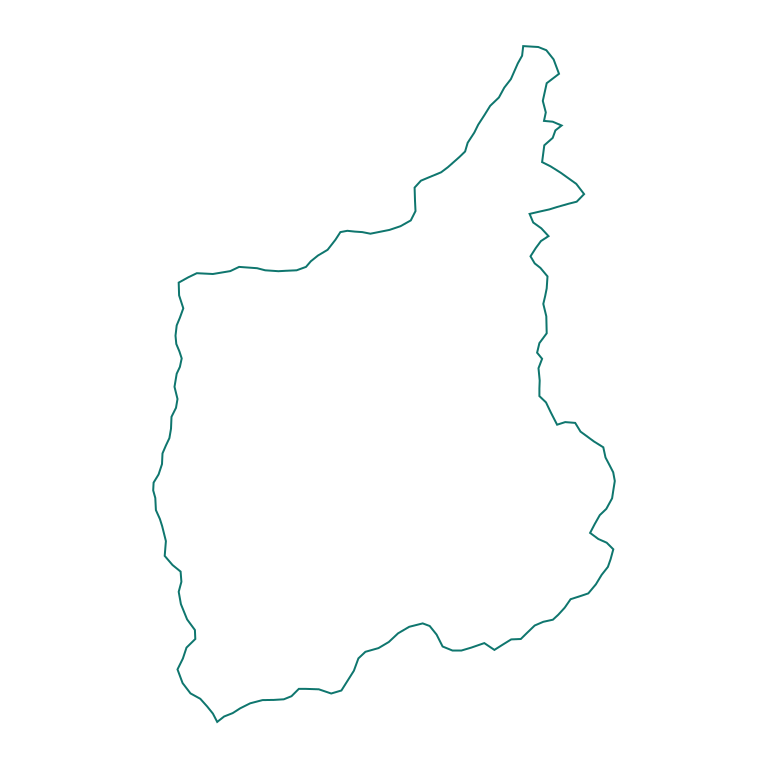 Guapiaçu, São Paulo, Brazil (Mercator projection)
{"feature_id": "56859067B16319399596157", "entity_name": "Guapiaçu", "entity_type": "district", "adm_level": 2, "iso_a3": "BRA", "parent_name": "Brazil", "parent_adm1": "São Paulo", "projection": "mercator", "projection_center": [-49.18, -20.723], "detail": "fine", "context": "isolated", "style": "outline", "palette": "teal", "viewbox_px": 768, "rotation_deg": 0, "n_neighbors": 0, "source": "geoboundaries", "source_scale": "gbopen_adm2", "svg_char_len": 2527}
<svg xmlns="http://www.w3.org/2000/svg" viewBox="0 0 768 768"><path d="M523.2,46.1L522.1,55.7L517.8,63.4L510.9,79.1L504.3,87.6L498.9,97.5L490.2,105.8L484.3,115.3L478.2,124.7L474.3,132.6L467.7,142.7L465.1,151.5L459.3,157.1L448.0,167.1L441.1,172.3L427.8,177.8L420.9,180.7L414.6,187.6L415.0,200.7L415.5,211.1L410.8,220.4L400.5,226.2L389.5,229.9L370.4,233.7L362.3,232.1L354.9,231.6L347.3,230.8L340.4,232.1L335.4,239.8L327.6,249.8L318.0,255.5L310.8,261.3L306.0,266.9L296.6,270.3L285.6,270.8L278.4,271.2L265.2,270.3L257.1,268.2L239.1,266.9L230.3,271.1L212.9,274.0L196.8,273.2L188.3,277.3L178.7,282.6L179.1,295.4L183.3,308.3L179.9,317.7L176.7,325.4L175.5,335.7L176.3,344.0L179.4,351.4L181.7,358.4L179.9,366.9L176.7,373.7L174.5,386.8L177.5,399.0L176.0,407.8L171.5,416.8L171.0,428.7L169.4,438.1L165.9,445.5L162.5,453.4L162.0,464.1L158.6,474.4L153.6,482.6L153.2,490.4L155.3,498.0L155.9,510.1L159.9,519.0L162.2,526.3L165.9,541.1L164.7,555.9L172.5,565.0L180.6,571.6L181.4,581.8L178.7,591.8L180.9,604.1L187.1,619.4L194.9,630.0L195.3,639.0L186.5,647.6L182.9,658.5L177.5,669.4L182.6,683.1L190.5,693.4L200.3,698.8L207.2,706.5L212.9,713.6L217.2,721.9L224.1,716.5L232.7,713.1L240.2,708.3L250.2,703.3L262.5,700.1L274.1,699.9L283.8,699.3L291.5,696.2L298.8,688.9L306.5,688.9L318.8,689.3L331.2,693.5L341.4,690.5L353.9,670.7L358.4,658.4L365.4,651.8L378.5,648.1L388.8,642.0L398.1,633.3L409.2,626.8L422.7,623.4L429.7,626.0L436.6,634.6L442.6,646.5L452.4,650.5L461.5,650.5L471.3,647.6L484.3,643.1L494.4,649.9L503.1,644.4L511.2,639.4L520.8,639.0L526.6,633.3L534.7,625.5L543.3,621.8L552.9,619.7L558.3,614.7L564.7,607.7L570.6,599.2L581.2,595.8L588.3,593.4L595.9,584.3L601.6,574.9L607.9,566.9L610.6,559.2L613.3,549.3L606.7,542.7L598.3,539.0L590.1,532.9L594.7,524.1L599.8,515.1L606.3,508.9L612.1,498.3L613.3,490.4L614.8,481.0L613.2,472.3L609.4,464.9L605.5,457.5L603.3,447.3L594.0,441.5L580.5,431.6L575.2,422.9L565.2,422.1L557.1,424.7L550.9,412.6L546.0,402.4L539.4,396.1L539.4,388.4L539.7,380.6L538.5,368.2L542.1,358.8L537.1,352.7L539.4,343.1L546.7,333.3L546.3,316.3L543.3,303.9L545.2,295.9L546.7,288.4L547.5,276.4L540.4,267.9L534.7,263.4L530.5,256.3L535.8,248.0L540.9,241.1L548.5,236.1L541.3,228.3L533.2,222.5L529.6,213.9L540.4,211.4L549.4,209.4L557.1,207.0L569.1,203.6L576.7,201.7L584.1,194.1L576.3,183.9L560.8,172.8L550.5,166.3L542.1,162.1L544.3,145.3L552.7,137.9L555.4,130.4L561.6,125.5L552.7,121.7L544.0,120.9L545.8,112.4L542.8,100.9L546.7,83.2L559.0,73.8L553.6,59.4L546.3,50.2L538.2,47.0L523.2,46.1Z" fill="none" stroke="#0f766e" stroke-width="2"/></svg>